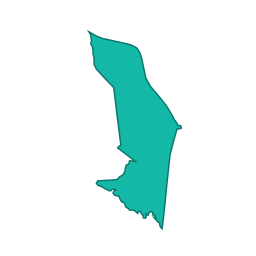 outline of Lago do Junco, Maranhão, Brazil, rotated 137°
{"feature_id": "56859067B31771751131713", "entity_name": "Lago do Junco", "entity_type": "district", "adm_level": 2, "iso_a3": "BRA", "parent_name": "Brazil", "parent_adm1": "Maranhão", "projection": "equal_earth", "projection_center": [-44.941, -4.533], "detail": "fine", "context": "isolated", "style": "filled", "palette": "teal", "viewbox_px": 256, "rotation_deg": 137, "n_neighbors": 0, "source": "geoboundaries", "source_scale": "gbopen_adm2", "svg_char_len": 1536}
<svg xmlns="http://www.w3.org/2000/svg" viewBox="0 0 256 256"><g transform="rotate(137 128 128)"><path d="M87.9,93.6L89.7,96.2L88.8,98.8L88.4,102.8L87.2,106.8L84.8,118.0L84.1,126.3L83.9,129.2L83.2,142.9L81.0,152.2L73.4,164.9L71.4,168.0L70.6,169.5L69.4,171.9L68.0,175.0L66.9,180.2L68.0,183.5L69.6,187.6L73.7,193.6L85.3,210.5L88.2,216.1L91.0,225.0L91.5,222.6L92.4,220.6L93.8,218.8L94.9,216.9L96.6,215.9L98.0,214.6L98.4,212.2L99.7,210.1L100.6,208.5L101.9,207.5L102.8,206.1L104.0,204.4L105.2,202.3L106.8,200.5L109.4,197.6L111.0,192.6L111.0,181.1L111.0,178.1L110.9,167.3L118.0,157.5L129.3,142.0L131.5,138.9L142.2,124.1L144.9,120.4L147.1,120.8L149.2,120.5L148.6,117.4L146.6,105.8L145.4,98.4L149.2,103.0L152.1,101.2L153.8,101.9L155.3,101.8L159.1,99.0L161.7,97.6L164.1,97.2L165.7,97.6L167.3,98.0L169.4,97.8L171.6,98.0L176.0,101.5L184.4,108.5L186.0,110.0L188.8,109.2L189.1,106.6L187.0,102.6L186.2,99.4L184.6,94.9L183.4,93.8L181.4,94.0L179.7,92.6L179.2,90.9L181.3,91.5L183.4,90.5L183.6,88.3L182.8,86.3L181.2,84.8L182.0,82.2L183.0,78.9L181.9,75.9L182.4,74.0L183.5,71.9L182.8,69.3L182.8,66.9L180.8,65.0L179.5,63.3L179.4,61.4L179.2,59.1L177.1,59.6L175.7,58.2L176.6,56.2L176.7,53.5L178.1,51.9L176.7,50.0L174.7,51.1L173.6,52.8L172.8,50.4L171.2,51.7L169.6,51.4L167.5,50.9L167.8,48.8L169.2,47.6L167.8,46.0L168.8,43.5L170.0,45.1L170.1,42.0L170.3,38.9L169.6,36.9L170.7,35.8L171.9,33.3L171.7,31.0L150.0,49.7L137.2,61.0L117.4,78.1L115.6,79.7L102.9,87.8L93.0,93.7L91.0,92.5L89.2,91.5L87.9,93.6Z" fill="#14b8a6" stroke="#0f766e" stroke-width="1.5"/></g></svg>